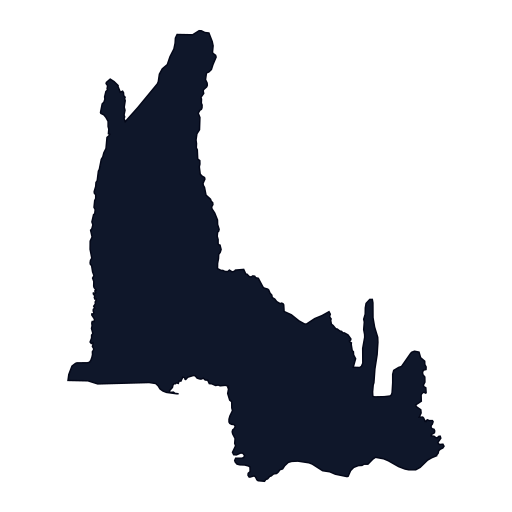 Popokabaka, Bandundu, Democratic Republic of the Congo
{"feature_id": "63176286B47421332346835", "entity_name": "Popokabaka", "entity_type": "district", "adm_level": 2, "iso_a3": "COD", "parent_name": "Democratic Republic of the Congo", "parent_adm1": "Bandundu", "projection": "albers", "projection_center": [16.639, -5.513], "detail": "fine", "context": "isolated", "style": "filled", "palette": "ink", "viewbox_px": 512, "rotation_deg": 0, "n_neighbors": 0, "source": "geoboundaries", "source_scale": "gbopen_adm2", "svg_char_len": 5995}
<svg xmlns="http://www.w3.org/2000/svg" viewBox="0 0 512 512"><path d="M426.1,392.8L425.8,387.8L423.8,386.6L423.4,385.0L424.9,382.1L424.8,377.0L422.9,374.7L422.5,372.6L423.3,370.2L426.0,369.5L426.1,366.9L424.8,364.5L424.7,361.2L420.6,357.7L419.0,352.1L414.5,351.2L411.8,352.2L410.7,353.3L401.5,366.5L398.7,367.4L393.7,370.4L392.7,374.3L392.7,382.8L392.1,392.6L391.5,394.7L390.1,396.0L384.3,396.7L374.6,396.9L372.8,396.3L372.6,391.8L373.2,384.9L373.9,382.7L374.9,368.9L377.1,354.7L377.9,342.3L377.7,337.3L374.6,327.1L373.0,317.7L372.9,302.8L372.3,299.4L369.8,299.4L366.1,303.4L365.3,307.9L365.2,314.2L363.7,319.2L364.3,322.0L363.7,329.6L364.6,334.4L364.7,337.2L362.7,348.4L362.8,363.2L361.4,366.4L359.7,367.5L353.2,367.3L355.6,358.7L353.6,354.9L353.4,351.7L352.2,350.6L351.2,344.4L351.4,342.9L349.6,341.7L349.4,340.9L350.6,340.1L350.9,339.0L348.0,334.9L344.4,332.9L342.8,332.9L341.6,331.4L339.8,331.0L337.2,329.0L335.8,328.8L333.1,325.5L331.4,324.2L330.7,320.5L331.1,318.9L330.0,317.5L329.6,316.2L330.3,314.2L329.0,311.7L322.0,315.6L314.7,318.6L306.4,324.1L304.6,324.0L299.0,320.9L291.4,314.8L284.1,311.5L283.7,304.8L283.1,303.8L281.7,303.1L280.1,303.6L276.7,301.6L274.8,299.1L272.2,297.5L271.8,295.1L270.0,293.1L268.7,290.0L267.7,289.1L264.2,288.1L263.0,287.1L258.3,278.3L255.6,277.7L254.7,276.2L252.8,275.9L251.3,276.9L249.5,276.8L247.0,274.2L245.8,274.1L243.7,269.4L235.4,270.1L234.5,271.2L232.2,271.9L229.4,270.1L227.7,271.6L224.8,271.4L222.8,270.4L221.0,270.4L217.5,268.6L217.6,263.3L218.5,258.5L218.7,254.4L220.2,252.3L221.1,249.5L220.0,245.1L218.9,244.8L218.1,243.8L218.1,239.5L217.2,236.3L217.6,232.2L218.7,231.1L219.1,229.3L217.6,224.5L217.5,220.0L214.7,213.0L212.0,208.9L211.6,206.9L212.9,204.6L212.7,202.7L211.2,201.2L210.5,199.2L206.0,195.1L204.5,187.4L203.3,185.3L203.0,183.4L204.9,179.1L204.5,177.5L202.2,176.2L200.2,174.1L199.3,166.8L199.9,164.1L199.8,160.6L197.7,159.0L197.3,149.8L196.3,147.8L196.5,143.6L196.0,140.0L196.9,133.8L199.5,129.7L199.9,117.5L198.2,113.2L199.9,110.2L201.4,109.3L202.0,107.8L202.1,105.0L201.3,103.1L201.5,99.1L200.9,97.4L203.7,93.4L203.2,91.0L203.5,89.7L206.7,86.8L207.3,85.2L207.1,83.0L205.5,79.7L206.4,73.4L207.1,72.6L208.8,72.0L211.4,69.5L212.9,64.7L216.1,57.1L215.6,55.3L212.9,53.3L212.5,52.1L213.1,45.8L212.2,41.5L208.9,33.0L204.8,32.5L201.4,30.8L199.1,30.7L192.6,34.8L177.1,34.5L175.4,38.1L175.1,43.2L173.9,49.0L170.0,56.7L167.3,64.6L162.3,68.8L159.4,74.1L158.3,81.6L157.4,83.8L137.7,107.7L125.2,121.7L124.0,118.5L124.7,116.9L124.0,115.1L125.0,110.2L124.2,107.2L125.2,100.7L124.6,98.6L125.1,97.2L123.7,95.6L123.5,92.7L122.6,91.2L120.3,92.2L118.0,86.5L118.1,85.5L114.1,81.6L110.2,79.1L106.4,82.4L106.1,83.6L107.6,85.7L107.1,88.6L107.5,90.0L105.9,91.5L104.6,96.9L104.9,99.2L103.9,102.2L102.2,103.9L100.5,112.5L100.9,113.4L103.8,114.8L105.9,117.3L108.1,121.3L108.1,126.5L108.8,129.1L108.4,133.7L109.8,134.3L109.0,135.7L107.0,137.4L106.0,148.5L103.8,152.9L102.8,156.9L101.3,159.3L99.3,169.4L98.4,171.1L97.2,180.7L96.0,182.4L95.7,186.5L94.2,191.5L94.3,193.1L95.7,194.8L95.7,198.5L94.7,200.5L94.0,207.3L95.2,209.6L94.7,213.9L93.6,214.5L91.9,221.9L92.9,224.8L91.8,228.9L90.6,230.2L92.1,237.0L90.2,241.1L90.1,249.3L91.8,258.1L90.5,260.3L90.1,262.9L90.4,264.4L91.6,265.5L92.6,271.9L94.0,275.6L92.6,278.1L93.8,281.4L93.7,286.0L94.1,287.6L96.0,289.8L96.0,290.3L95.0,290.5L94.9,291.3L95.7,292.5L95.5,293.2L93.4,293.0L93.3,293.9L94.8,295.9L94.3,297.5L94.9,299.1L96.1,299.0L96.3,299.9L95.2,301.9L95.3,304.0L93.7,306.2L94.7,308.1L93.3,309.3L93.2,311.0L93.9,312.9L93.5,313.9L91.9,313.9L91.8,315.0L94.5,319.1L94.0,321.5L92.2,321.5L91.8,323.0L92.1,325.9L91.5,328.4L92.9,333.5L91.6,335.1L91.6,338.1L90.1,342.0L91.3,343.5L92.8,342.6L93.1,343.7L92.4,346.5L93.6,348.4L93.6,349.9L92.4,351.7L92.5,354.7L91.9,357.4L90.8,360.4L89.5,362.2L87.4,362.8L76.9,362.9L75.5,363.4L72.0,366.1L68.8,374.5L68.0,380.4L87.9,380.8L97.7,383.9L149.1,382.5L155.7,383.5L158.2,385.9L160.0,388.9L162.9,391.0L166.5,392.4L176.8,393.8L178.6,393.8L175.0,393.4L173.4,392.1L170.3,392.4L169.7,391.9L169.5,390.7L172.4,387.5L173.0,384.9L174.0,383.7L175.5,383.7L176.4,382.8L178.3,383.4L179.1,381.0L180.9,381.1L182.8,377.1L184.6,377.7L185.1,379.3L185.7,379.5L187.8,377.2L193.3,375.5L195.2,375.8L197.1,378.1L199.5,378.9L201.0,379.1L203.4,378.2L205.2,380.0L207.7,380.2L209.3,383.6L211.8,383.8L215.6,385.5L218.2,385.0L220.1,385.8L225.4,385.3L228.3,386.3L227.8,387.2L228.1,388.1L228.7,388.1L227.7,393.5L229.7,400.1L231.7,401.7L231.8,407.9L232.5,410.6L229.9,416.0L229.0,419.2L229.0,422.0L229.8,423.4L231.5,424.3L234.0,424.6L235.0,425.7L235.1,427.1L233.9,429.0L232.7,429.9L232.2,431.8L232.7,433.9L235.1,438.5L234.7,443.4L235.6,445.8L232.5,452.3L233.7,454.7L236.4,454.9L240.7,453.0L242.8,453.2L244.6,455.6L243.7,457.5L241.9,458.2L235.7,458.2L234.7,460.4L235.2,462.0L237.0,464.1L239.7,464.8L244.7,465.0L248.5,466.0L250.0,467.0L250.1,471.6L248.2,473.3L248.0,475.2L249.1,477.0L249.9,477.1L254.1,475.9L255.5,476.9L256.9,479.8L258.1,480.7L264.5,481.3L265.9,479.4L267.6,478.9L269.7,476.4L271.1,476.0L273.6,473.9L276.6,473.5L278.4,471.9L279.8,469.8L282.6,468.9L284.7,465.7L288.2,462.4L291.7,461.4L297.8,461.1L309.0,462.8L312.3,464.1L322.6,470.7L329.8,471.8L335.3,474.2L347.0,476.6L348.1,476.3L350.6,470.6L353.7,467.4L358.3,465.6L362.0,465.4L364.0,464.2L367.9,464.2L373.0,459.0L375.5,457.3L383.7,458.8L388.4,460.8L398.6,466.6L404.9,469.0L408.8,469.8L415.7,469.8L420.1,467.4L427.5,460.2L431.8,457.7L436.7,455.7L436.7,454.9L438.1,453.3L438.7,450.7L440.2,449.3L442.8,448.0L444.0,446.2L442.9,444.2L439.8,444.5L438.4,443.7L437.9,442.4L440.8,438.2L440.2,436.2L438.9,436.3L437.1,437.9L435.7,437.6L434.2,436.3L431.2,435.8L431.4,434.5L434.4,432.8L434.7,430.9L434.0,429.3L432.0,428.7L431.0,427.3L431.2,425.4L432.3,424.1L433.1,421.7L432.4,420.6L429.1,420.6L427.5,419.8L426.4,420.4L426.1,421.5L425.1,421.5L423.7,418.2L422.7,417.1L419.2,417.2L421.1,413.0L420.8,409.8L416.3,406.6L415.7,404.9L421.3,401.2L421.1,395.2L421.7,393.7L423.2,392.4L424.6,392.4L425.3,393.1L426.1,392.8Z" fill="#0f172a" stroke="#020617" stroke-width="1.5"/></svg>